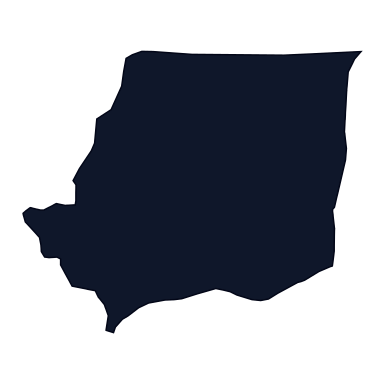 At Tawisha, North Darfur, Sudan (Albers equal-area conic projection)
{"feature_id": "16777658B99134318369126", "entity_name": "At Tawisha", "entity_type": "district", "adm_level": 2, "iso_a3": "SDN", "parent_name": "Sudan", "parent_adm1": "North Darfur", "projection": "albers", "projection_center": [26.309, 12.46], "detail": "fine", "context": "isolated", "style": "filled", "palette": "ink", "viewbox_px": 384, "rotation_deg": 0, "n_neighbors": 0, "source": "geoboundaries", "source_scale": "gbopen_adm2", "svg_char_len": 2685}
<svg xmlns="http://www.w3.org/2000/svg" viewBox="0 0 384 384"><path d="M332.3,266.0L332.4,265.5L332.9,261.8L333.7,255.3L334.2,251.0L334.2,250.8L334.2,245.0L334.3,238.3L334.3,236.6L334.4,231.1L334.5,228.2L334.4,228.0L333.1,216.4L333.0,214.7L332.5,211.1L332.6,210.9L332.5,209.5L334.4,207.3L335.4,203.0L336.5,198.1L337.6,193.7L345.5,159.9L345.5,159.7L346.4,148.5L345.9,144.2L345.2,138.1L344.7,133.3L344.6,133.2L344.4,131.4L344.5,130.3L345.0,120.1L345.1,119.7L345.3,115.7L345.4,112.4L345.9,104.9L346.2,98.9L346.2,98.7L346.6,91.3L346.7,90.8L346.7,89.2L347.0,86.4L347.6,79.2L348.2,71.9L351.7,64.9L353.3,61.6L354.5,59.1L360.1,52.6L361.0,51.6L311.0,54.0L284.0,55.2L191.9,54.4L152.9,51.6L141.8,51.4L132.3,54.8L126.1,58.4L123.7,71.5L121.7,86.2L111.1,109.7L96.8,119.0L95.9,128.9L94.6,143.2L91.3,150.9L79.5,168.5L73.1,180.6L73.4,181.1L76.0,184.8L76.0,185.6L76.0,188.1L75.9,192.4L75.9,195.8L75.9,196.2L75.9,198.0L75.9,199.1L75.9,199.7L75.9,200.7L75.9,200.8L75.2,204.9L72.7,205.0L67.9,205.3L66.6,205.3L66.2,205.4L65.1,205.4L64.9,205.4L64.1,205.2L60.0,204.4L56.9,203.7L56.3,203.6L54.9,204.3L53.4,205.1L53.0,205.4L49.9,207.0L49.2,207.3L44.3,209.8L44.0,210.1L43.0,210.1L42.1,210.1L41.3,210.1L41.0,210.1L40.1,210.0L38.5,209.6L37.1,209.3L36.9,209.3L35.3,208.9L35.2,208.9L34.8,208.8L34.6,208.7L32.8,208.3L32.6,208.2L31.5,208.0L31.5,207.9L31.1,207.8L30.4,207.7L30.2,207.7L30.1,207.8L29.9,207.9L29.5,208.2L29.3,208.3L29.2,208.5L28.9,208.6L28.7,208.8L28.3,209.1L28.1,209.2L28.0,209.3L27.7,209.5L27.4,209.8L27.0,210.0L26.9,210.1L26.7,210.3L26.1,210.7L26.0,210.8L25.7,211.0L25.2,211.5L23.8,212.7L23.7,212.8L23.5,213.0L23.4,213.1L23.1,213.3L23.3,214.6L23.4,215.0L24.6,219.2L24.7,219.7L24.9,220.3L25.3,221.9L27.4,224.1L28.4,225.2L29.9,226.8L33.0,230.2L35.2,232.6L35.3,232.7L38.3,236.1L38.7,236.5L39.5,237.4L39.6,237.9L39.6,238.0L39.7,238.5L40.8,244.1L41.0,245.5L41.0,245.9L41.2,248.4L41.3,250.9L41.4,251.7L44.6,257.0L49.0,257.6L52.0,257.4L54.1,257.3L54.8,257.2L56.9,257.1L57.0,257.1L60.5,258.9L60.6,259.0L60.6,259.7L60.6,260.5L60.6,261.3L60.6,261.9L60.6,263.3L60.6,264.6L60.6,264.9L63.0,269.3L65.5,274.0L65.8,274.5L67.1,276.9L69.5,281.2L70.1,282.4L71.1,284.2L72.1,286.1L85.9,288.8L88.0,289.3L90.6,289.8L92.8,290.2L95.3,290.7L97.6,295.6L97.7,295.8L97.9,296.1L98.3,297.1L99.8,298.8L104.4,304.6L105.2,307.0L106.0,309.1L108.3,315.7L106.1,329.9L106.1,330.3L113.5,332.6L115.4,327.1L122.4,319.2L128.0,315.9L138.7,307.7L148.6,303.0L165.0,300.0L174.3,299.6L181.8,298.7L197.3,293.8L215.8,288.5L223.2,290.0L230.2,291.7L236.9,295.0L251.9,299.6L260.7,300.5L268.5,299.0L277.8,293.2L297.7,282.4L300.9,281.6L304.6,280.2L318.9,271.5L330.3,266.6L331.4,266.3L332.3,266.0Z" fill="#0f172a" stroke="#020617" stroke-width="1.5"/></svg>